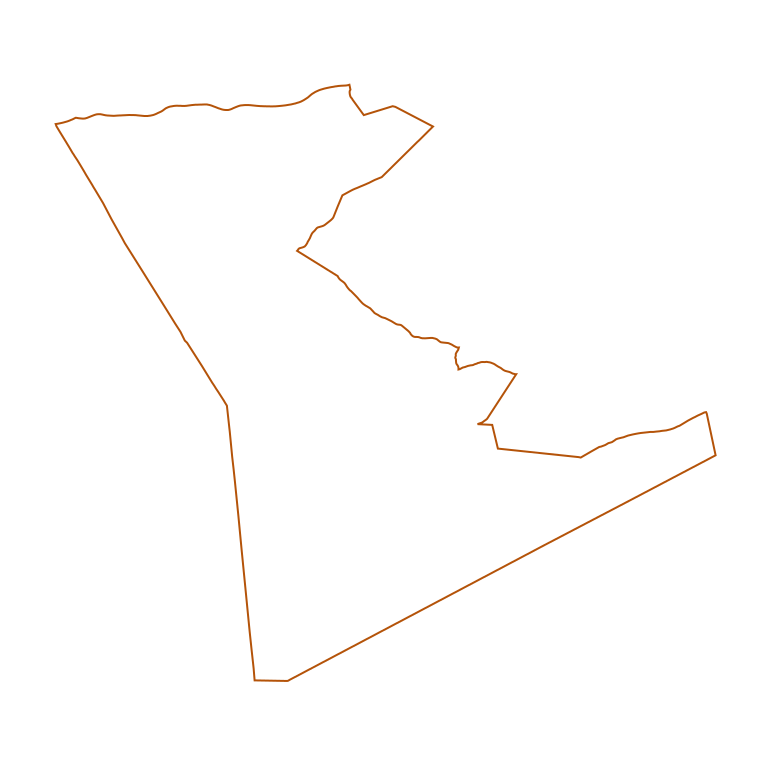 outline of Ijara, North-Eastern, Kenya, rotated 91°
{"feature_id": "3690345B80004125723360", "entity_name": "Ijara", "entity_type": "district", "adm_level": 2, "iso_a3": "KEN", "parent_name": "Kenya", "parent_adm1": "North-Eastern", "projection": "equal_earth", "projection_center": [40.405, -1.432], "detail": "fine", "context": "isolated", "style": "outline", "palette": "amber", "viewbox_px": 768, "rotation_deg": 91, "n_neighbors": 0, "source": "geoboundaries", "source_scale": "gbopen_adm2", "svg_char_len": 6112}
<svg xmlns="http://www.w3.org/2000/svg" viewBox="0 0 768 768"><g transform="rotate(91 384 384)"><path d="M85.4,423.8L85.9,425.5L86.2,427.1L86.6,432.7L86.8,434.6L87.0,435.9L87.2,437.0L87.3,437.9L87.7,439.7L88.0,441.5L88.3,443.0L88.6,444.3L89.0,446.1L89.7,448.9L90.8,452.4L91.3,453.8L91.9,455.1L92.6,456.6L93.2,457.8L94.1,459.2L95.1,460.8L95.8,461.7L96.4,462.4L98.2,464.4L98.9,465.2L100.0,466.8L101.4,468.9L102.2,470.3L103.1,472.0L103.9,474.0L104.4,475.7L105.1,477.7L105.2,478.3L106.1,481.8L106.5,484.1L107.1,487.3L107.6,491.1L108.0,494.7L108.3,497.9L108.4,501.9L108.4,505.4L108.4,508.5L108.3,512.9L108.1,516.2L107.6,522.0L107.5,523.2L107.5,525.4L107.5,527.1L107.6,528.6L107.9,531.1L107.9,531.6L108.3,533.3L108.5,533.8L108.8,534.7L109.7,536.9L110.8,539.4L111.6,541.0L112.1,542.2L112.2,542.6L112.4,543.1L112.6,543.9L112.7,544.3L112.8,545.0L112.8,545.7L112.8,547.0L112.7,548.5L112.6,549.3L112.3,550.8L111.7,552.7L111.4,553.6L111.3,554.1L110.0,557.5L109.6,558.7L109.2,559.8L108.6,561.4L108.1,563.2L108.0,563.7L107.9,564.3L107.8,565.0L107.6,565.8L107.6,566.4L107.6,567.8L107.8,571.0L107.9,573.5L108.0,575.2L108.1,577.7L108.2,578.6L108.5,581.2L109.4,587.1L109.4,587.6L109.5,588.7L109.5,590.8L109.4,592.0L109.4,593.4L109.4,594.3L109.4,596.5L109.6,598.6L109.7,599.2L110.0,600.7L110.2,601.8L110.3,602.4L110.5,603.2L110.9,604.3L111.1,604.8L111.9,606.5L112.3,607.2L113.3,608.5L114.7,610.3L115.6,611.8L117.1,615.0L117.8,616.3L118.5,617.9L119.0,619.2L119.3,620.3L119.4,620.8L119.7,622.1L119.8,622.6L120.0,624.1L120.2,625.2L120.2,625.7L120.2,626.1L120.2,628.6L119.7,635.0L119.5,637.2L119.5,638.7L119.5,643.6L120.1,652.4L120.2,654.4L120.5,657.7L120.6,658.9L120.5,661.8L120.4,664.2L120.4,664.8L120.2,666.9L120.1,667.5L119.9,668.6L119.5,670.5L119.2,672.3L119.2,672.8L119.2,673.8L119.3,675.3L119.4,676.0L119.9,677.7L120.3,678.8L121.4,681.5L121.8,682.4L122.0,682.9L123.1,685.5L123.5,686.8L123.7,687.4L123.8,688.2L123.9,688.8L123.9,689.7L123.9,690.2L123.8,691.6L123.6,693.8L123.3,695.9L123.2,696.5L123.2,697.0L123.5,697.5L123.8,698.1L124.5,699.4L125.0,700.4L125.5,701.7L125.9,702.5L126.6,704.2L127.1,705.6L127.3,706.3L128.2,709.3L128.9,712.1L129.3,713.9L129.6,715.4L129.8,716.8L132.0,716.0L137.6,712.5L145.9,707.2L147.6,706.1L149.4,705.0L151.9,703.4L158.6,699.3L159.8,698.4L161.7,697.2L165.6,694.5L170.5,691.4L176.8,687.5L180.0,685.6L190.1,679.2L192.3,677.9L194.6,676.4L208.1,668.0L224.2,659.2L242.7,648.4L247.7,645.6L256.4,639.9L274.0,628.4L309.4,605.4L327.2,593.9L335.4,588.4L344.1,583.9L346.2,581.6L369.1,566.4L377.4,561.1L385.7,555.8L388.7,553.7L391.8,551.7L394.8,549.6L397.8,547.6L403.5,543.8L405.8,542.4L408.4,540.7L430.4,537.9L434.2,537.4L459.6,534.5L471.7,532.9L483.8,531.4L519.2,527.2L552.0,523.5L590.7,519.0L633.9,514.0L651.7,511.8L670.5,509.4L682.6,508.2L682.6,476.0L682.5,475.0L682.1,474.2L681.5,473.3L542.3,220.8L496.7,137.2L449.5,51.2L407.9,60.8L406.5,61.5L406.9,63.3L408.3,66.0L410.0,69.6L410.8,71.1L411.6,72.5L412.3,74.0L413.8,76.7L415.3,79.4L417.9,83.5L420.6,87.8L421.3,89.7L422.8,92.6L423.5,94.2L424.0,95.8L424.4,96.9L425.5,101.1L426.0,105.3L426.5,107.9L426.8,110.7L427.2,113.7L427.3,117.0L427.7,120.0L428.5,126.4L428.9,128.7L429.4,131.2L430.1,134.4L431.3,139.1L433.1,143.7L433.5,145.4L434.6,149.5L435.4,151.3L436.1,152.1L438.1,155.0L438.7,156.8L439.2,158.6L440.4,160.5L441.0,161.5L441.3,162.1L442.2,164.4L442.8,165.9L443.2,167.7L447.9,175.7L454.1,186.0L453.7,188.1L446.6,269.0L423.0,275.1L422.5,289.8L421.8,288.0L421.4,286.8L420.9,285.4L420.3,284.5L419.1,283.0L418.2,281.7L417.0,280.3L371.9,252.0L371.9,253.1L371.6,254.2L371.3,255.6L370.5,257.1L369.8,258.7L369.1,261.7L368.7,263.2L368.3,264.0L368.1,264.5L367.8,265.0L366.5,266.8L365.9,267.6L364.7,270.0L363.5,272.0L362.5,273.5L361.8,274.8L361.3,276.2L360.9,277.2L360.6,278.3L360.5,278.7L360.3,280.4L360.1,281.5L360.1,282.1L360.3,283.4L360.3,285.8L360.4,287.1L360.5,287.6L361.1,289.2L361.4,290.5L361.9,291.4L362.4,292.8L362.7,293.8L363.4,295.1L363.7,296.3L363.8,297.6L364.5,300.5L365.6,303.3L366.2,305.6L367.8,308.4L368.2,309.8L366.8,309.8L365.7,310.0L364.3,310.6L363.3,311.4L362.4,312.0L361.6,312.2L360.8,312.3L358.8,312.5L358.0,312.5L357.2,313.0L356.3,313.2L355.5,313.0L354.6,312.7L354.2,312.7L353.3,312.8L352.4,312.7L351.0,312.0L349.4,311.0L348.5,310.4L346.2,309.8L346.3,311.0L346.0,312.1L345.4,313.4L344.7,314.8L343.5,316.8L343.0,317.9L342.6,318.9L342.1,320.0L341.9,321.0L341.7,323.5L341.5,325.9L341.3,327.7L340.7,328.9L338.3,332.0L337.7,333.6L337.4,335.0L337.1,336.4L337.1,337.8L337.6,343.6L337.6,345.2L337.6,346.4L337.4,347.5L337.2,348.3L336.7,349.5L336.4,350.9L336.4,353.5L336.3,354.5L336.1,355.1L335.7,356.0L335.1,356.8L334.4,357.5L333.6,358.2L332.8,358.6L332.2,359.0L331.6,359.6L330.7,360.5L326.1,366.2L325.3,367.2L324.7,368.2L324.5,369.2L324.4,370.7L324.3,371.3L324.1,372.2L323.9,372.7L323.7,373.2L321.7,376.6L321.1,377.6L319.2,381.6L318.1,384.0L317.8,385.2L317.3,387.2L316.5,388.8L316.2,389.4L315.0,391.3L314.0,393.3L313.2,394.7L312.0,395.8L309.4,398.3L308.6,399.1L306.8,402.2L306.0,403.7L304.8,405.5L303.9,406.7L302.4,408.2L299.5,410.9L298.3,411.9L294.8,415.4L291.6,418.7L291.0,419.6L290.0,420.6L288.5,421.9L287.0,423.0L285.5,423.9L283.9,425.1L283.0,426.1L280.6,429.5L279.5,430.6L278.1,431.6L276.9,432.2L252.4,473.2L251.6,472.5L250.6,471.9L249.8,471.0L249.5,470.0L249.2,469.0L248.9,468.0L248.5,466.9L247.8,465.6L246.4,464.4L245.4,463.8L244.6,463.3L243.1,462.7L241.6,461.8L240.5,461.2L239.4,460.6L238.6,460.3L237.6,459.9L236.4,459.4L235.1,458.8L233.9,458.0L232.8,456.9L232.0,456.1L230.4,454.8L229.4,454.0L228.7,453.1L228.3,451.9L227.4,448.9L226.8,447.3L226.0,446.0L224.8,444.5L223.9,443.4L222.6,441.8L221.1,440.0L219.7,438.6L218.7,437.8L217.9,437.4L207.6,433.5L196.1,428.9L194.4,425.9L193.2,423.8L192.4,422.4L191.6,421.0L191.0,419.9L190.3,418.6L189.2,416.2L188.3,414.0L186.8,410.7L186.3,409.5L184.4,405.2L183.8,404.0L183.3,402.8L180.7,397.9L179.9,396.3L179.2,394.6L178.7,393.5L177.2,389.9L141.2,354.7L140.2,353.6L129.7,343.4L125.7,339.5L106.7,377.5L106.1,380.2L115.5,408.9L100.1,420.5L99.3,420.9L98.2,421.9L97.2,422.6L96.2,422.9L95.1,423.2L93.8,423.4L92.6,423.5L91.4,423.3L90.3,422.7L85.4,423.8Z" fill="none" stroke="#b45309" stroke-width="2"/></g></svg>